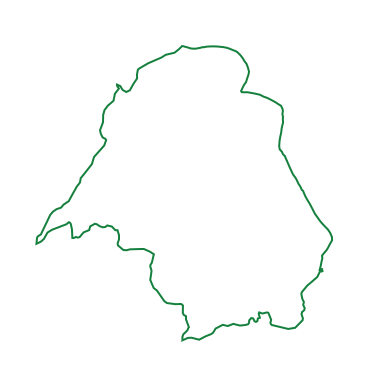 Yomou, Yomou, Guinea, rotated 9°
{"feature_id": "49546643B93814621089544", "entity_name": "Yomou", "entity_type": "district", "adm_level": 2, "iso_a3": "GIN", "parent_name": "Guinea", "parent_adm1": "Yomou", "projection": "mercator", "projection_center": [-9.137, 7.537], "detail": "fine", "context": "isolated", "style": "outline", "palette": "green", "viewbox_px": 384, "rotation_deg": 9, "n_neighbors": 0, "source": "geoboundaries", "source_scale": "gbopen_adm2", "svg_char_len": 4221}
<svg xmlns="http://www.w3.org/2000/svg" viewBox="0 0 384 384"><g transform="rotate(9 192 192)"><path d="M101.1,97.6L101.1,97.8L101.5,99.1L102.0,99.6L103.6,101.2L102.2,103.9L100.5,107.0L100.2,114.2L96.4,118.7L95.6,119.6L95.1,120.4L92.8,124.7L92.2,129.8L92.7,133.4L92.7,133.5L93.2,137.0L91.5,145.5L92.7,148.4L92.8,148.7L92.9,148.9L94.6,151.2L94.8,151.5L95.2,152.1L98.2,153.1L98.4,153.4L99.1,154.1L98.0,159.9L97.7,160.3L89.8,172.7L89.3,176.1L88.8,180.0L84.1,188.5L79.9,195.8L79.9,197.8L79.9,199.1L79.8,200.2L79.6,200.7L77.4,204.6L75.3,210.3L75.1,210.8L71.7,220.3L67.0,224.7L65.2,227.9L64.4,228.3L61.0,230.1L57.8,233.1L56.9,234.5L56.8,234.8L55.6,236.7L53.7,243.1L51.1,251.7L49.4,257.6L49.0,257.9L46.6,260.0L46.2,261.3L46.1,261.6L46.3,264.6L46.5,267.5L50.6,264.6L53.1,261.5L55.6,254.7L57.5,253.0L59.8,251.1L73.0,243.5L75.1,241.1L75.7,241.2L76.1,241.3L76.9,242.1L77.3,242.6L77.5,243.0L78.3,245.2L79.3,247.7L81.0,256.1L81.4,256.1L82.3,256.0L83.5,255.2L84.3,254.6L85.6,254.8L86.4,254.8L87.2,254.5L88.0,254.2L91.3,248.8L94.6,246.8L96.4,245.7L96.8,241.9L99.5,239.8L101.0,238.6L102.2,238.7L103.0,238.7L104.4,239.4L106.4,240.3L107.8,240.5L109.5,240.8L111.5,240.2L111.9,240.1L112.4,239.6L113.5,238.3L117.8,238.6L118.3,238.7L120.3,240.2L120.4,240.3L122.3,241.7L124.4,241.4L125.3,243.3L126.6,245.9L127.1,248.8L127.3,250.2L126.6,254.3L127.2,256.3L129.5,257.7L130.3,258.2L133.2,260.0L134.8,259.9L136.5,259.8L137.1,259.5L139.8,258.3L149.9,256.4L153.3,255.8L157.6,256.9L157.8,257.0L160.0,257.6L161.7,258.4L164.1,259.5L164.0,260.2L163.4,268.1L162.7,269.7L162.5,270.2L162.4,270.4L162.4,272.1L163.0,273.3L164.4,276.2L164.4,276.5L164.4,277.0L164.5,284.1L164.5,285.3L166.9,289.2L169.2,292.8L171.5,294.1L172.7,294.7L181.8,304.2L184.7,305.6L192.0,305.4L193.1,305.4L198.8,304.3L199.5,304.7L200.8,305.5L201.8,312.5L201.8,312.8L203.1,314.7L205.5,315.6L205.7,316.8L206.0,318.7L206.7,320.0L209.6,325.2L210.1,326.1L209.5,327.3L209.2,329.1L209.1,329.3L207.7,331.3L205.7,333.9L205.2,336.7L205.7,339.5L205.7,340.0L210.9,336.7L213.4,336.2L213.5,336.2L214.3,336.0L221.7,336.7L222.2,336.8L222.6,336.4L227.6,332.7L230.5,330.9L233.1,329.4L234.9,327.6L236.7,323.1L237.8,322.4L243.1,318.4L247.5,318.7L248.5,318.7L253.4,315.8L260.3,316.4L265.5,315.0L268.0,313.9L268.8,312.3L268.6,309.8L270.3,307.2L272.3,307.4L273.7,309.5L274.0,309.9L275.5,310.3L276.8,309.2L276.8,306.7L278.7,305.6L276.9,301.7L277.2,300.4L280.6,301.0L284.1,299.5L284.8,299.2L285.6,299.3L286.3,299.4L287.9,302.0L288.0,302.1L290.2,305.9L290.0,307.5L289.9,308.7L290.5,310.1L291.7,310.9L308.5,312.2L315.1,310.0L320.0,303.2L321.3,301.3L321.3,299.5L321.0,298.9L320.4,297.7L319.7,296.4L319.3,295.7L319.5,293.4L321.4,291.0L321.4,290.1L321.5,289.1L319.5,286.1L319.7,283.3L319.7,283.1L317.7,280.3L316.0,275.8L316.0,274.6L316.1,273.8L320.5,266.4L321.8,264.9L329.0,256.4L330.8,250.6L331.2,250.5L332.8,250.1L333.3,249.6L332.4,247.8L330.3,248.7L330.4,247.7L330.7,245.0L330.8,241.0L331.1,237.0L330.4,234.4L332.2,231.3L333.9,228.5L335.0,226.0L336.2,222.3L337.9,217.8L337.3,214.7L335.0,210.9L331.9,207.6L328.9,205.4L325.5,202.8L322.8,200.4L319.6,197.1L316.9,194.4L313.7,190.0L310.2,185.3L308.3,183.1L305.9,180.2L304.5,178.3L302.7,175.5L301.6,173.6L299.8,172.4L299.0,170.9L297.4,168.8L296.0,167.4L294.0,164.4L292.1,161.9L288.9,158.7L286.4,155.0L283.6,150.7L280.3,145.5L278.1,142.0L275.9,140.4L274.5,138.2L272.0,136.2L270.9,132.9L270.5,127.7L270.5,124.0L270.8,119.1L270.6,115.1L270.7,113.5L270.8,111.9L271.1,109.1L270.2,105.3L270.2,103.8L269.1,100.9L269.1,97.9L268.4,95.7L266.4,92.9L263.4,91.7L261.0,90.5L257.7,89.3L254.4,88.2L251.6,87.3L247.7,86.6L243.9,85.3L237.6,84.9L231.3,84.8L227.6,85.4L225.6,85.6L224.7,84.7L225.8,80.6L226.8,77.7L228.2,75.0L228.7,71.2L229.4,67.4L229.5,64.3L227.9,60.6L225.8,56.9L223.1,54.3L221.1,51.8L218.2,49.1L214.8,46.7L212.5,45.9L210.5,45.5L206.3,44.5L203.6,44.1L200.1,44.0L196.6,44.2L193.6,44.4L190.4,44.8L186.6,45.5L183.5,46.2L181.1,47.2L179.6,47.3L178.4,48.0L176.2,48.8L173.4,49.8L171.1,50.2L168.2,50.4L165.2,49.9L162.9,49.7L161.0,49.4L159.4,49.4L156.8,53.0L152.9,57.2L144.6,60.6L140.6,64.1L135.5,67.3L128.6,71.7L120.5,78.3L119.4,79.8L119.3,85.0L120.0,88.4L117.1,94.7L114.7,101.3L111.4,103.5L107.6,102.1L104.6,98.6L101.1,97.6Z" fill="none" stroke="#15803d" stroke-width="2"/></g></svg>